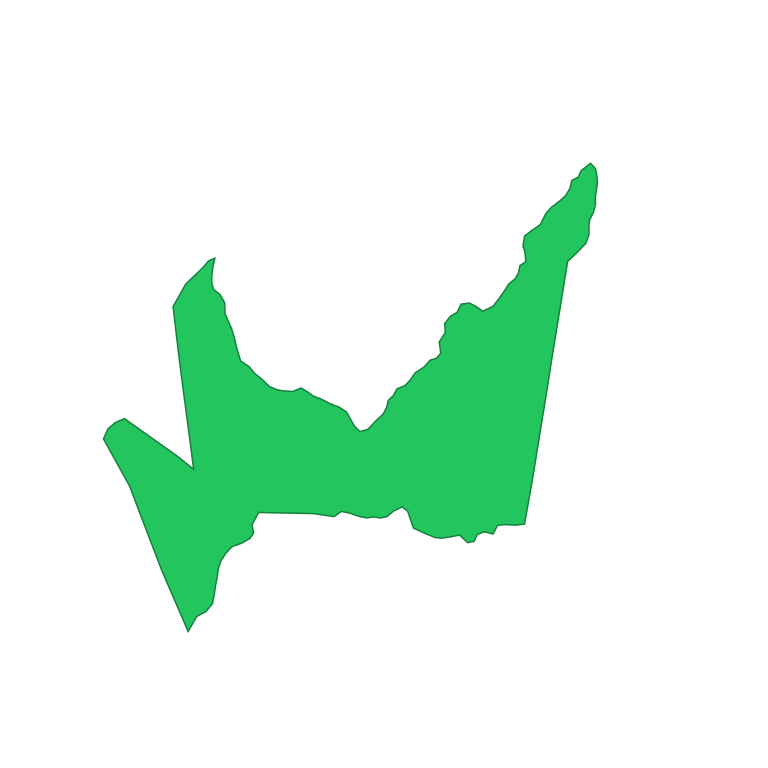 Tururu, Ceará, Brazil (orthographic projection), rotated 64°
{"feature_id": "56859067B74610593529944", "entity_name": "Tururu", "entity_type": "district", "adm_level": 2, "iso_a3": "BRA", "parent_name": "Brazil", "parent_adm1": "Ceará", "projection": "orthographic", "projection_center": [-39.417, -3.531], "detail": "fine", "context": "isolated", "style": "filled", "palette": "green", "viewbox_px": 768, "rotation_deg": 64, "n_neighbors": 0, "source": "geoboundaries", "source_scale": "gbopen_adm2", "svg_char_len": 2041}
<svg xmlns="http://www.w3.org/2000/svg" viewBox="0 0 768 768"><g transform="rotate(64 384 384)"><path d="M196.7,480.9L196.5,487.8L200.0,495.7L207.2,518.3L221.9,539.6L263.1,554.1L287.5,562.4L303.3,567.7L354.3,584.7L377.3,592.5L358.1,601.5L301.4,632.4L300.8,642.3L303.3,651.7L310.4,660.2L364.6,657.4L387.9,659.6L454.4,665.5L520.5,668.5L515.9,661.6L510.9,654.3L510.4,643.5L506.2,634.4L499.0,629.0L491.1,623.6L484.6,618.7L477.4,613.9L471.2,607.8L466.7,600.1L463.6,592.2L464.7,580.9L464.0,572.0L460.7,566.4L452.7,564.4L444.5,553.1L469.5,504.3L481.3,487.0L479.8,478.2L485.9,470.5L492.8,463.7L496.9,458.0L498.8,451.7L503.0,445.8L504.5,439.4L502.4,431.1L502.4,421.6L508.7,418.5L518.1,419.7L526.4,420.7L536.0,412.9L544.2,405.6L547.8,399.9L550.5,391.6L552.9,382.3L563.2,378.4L564.9,372.0L560.1,366.1L560.8,358.6L566.6,351.7L560.8,343.9L563.4,336.9L568.7,327.3L571.5,319.1L534.3,292.0L483.9,256.5L475.0,250.1L432.9,220.7L397.1,195.4L354.3,165.2L350.9,154.2L346.0,140.8L339.2,134.0L332.3,130.8L326.8,127.4L321.5,120.5L315.6,115.4L307.7,111.5L301.5,107.1L296.1,103.6L289.9,101.3L283.2,99.5L276.2,101.6L278.6,113.2L283.2,118.7L283.4,126.0L289.8,131.2L294.3,138.3L296.7,146.6L298.5,156.0L301.5,163.4L309.3,173.8L310.8,183.7L312.5,192.6L320.7,198.5L327.2,199.5L336.2,202.9L337.2,209.9L343.0,214.3L346.8,219.8L348.8,228.0L352.2,233.5L356.3,240.7L361.9,251.7L361.9,263.4L355.9,266.5L348.8,271.6L346.0,279.6L351.7,286.9L352.2,294.6L356.3,302.9L364.6,306.4L370.4,315.9L381.1,319.4L383.9,325.6L382.8,332.1L386.3,340.4L387.6,351.0L392.4,359.6L394.7,366.5L394.0,374.4L398.6,380.9L400.6,387.5L406.0,391.6L410.6,397.9L413.7,407.8L417.7,418.3L416.3,426.4L409.1,429.0L402.3,429.4L392.4,430.1L385.2,434.5L377.7,441.4L370.1,447.0L364.0,452.7L357.0,456.5L351.3,460.2L350.6,469.5L346.7,476.4L342.7,482.2L336.2,488.1L325.9,491.8L317.6,495.7L309.0,497.7L300.5,502.8L288.2,500.8L275.5,498.0L267.9,496.8L259.6,496.4L251.1,496.0L241.2,491.6L231.3,492.2L224.7,495.7L217.8,494.6L211.0,491.2L204.6,487.0L196.7,480.9Z" fill="#22c55e" stroke="#15803d" stroke-width="1.5"/></g></svg>